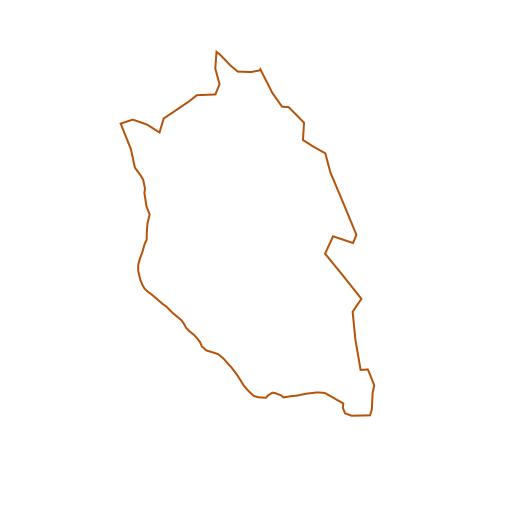 Ed Al Fursan, Southern Darfur, Sudan (Equal Earth projection), rotated 149°
{"feature_id": "16777658B67455933132274", "entity_name": "Ed Al Fursan", "entity_type": "district", "adm_level": 2, "iso_a3": "SDN", "parent_name": "Sudan", "parent_adm1": "Southern Darfur", "projection": "equal_earth", "projection_center": [24.402, 11.715], "detail": "fine", "context": "isolated", "style": "outline", "palette": "amber", "viewbox_px": 512, "rotation_deg": 149, "n_neighbors": 0, "source": "geoboundaries", "source_scale": "gbopen_adm2", "svg_char_len": 1473}
<svg xmlns="http://www.w3.org/2000/svg" viewBox="0 0 512 512"><g transform="rotate(149 256 256)"><path d="M260.7,75.3L256.4,69.9L240.3,60.7L235.6,65.0L226.6,78.5L221.3,84.1L219.4,95.3L218.6,101.2L222.2,103.0L225.0,104.5L213.9,133.1L201.9,158.4L187.7,165.0L191.8,196.1L195.6,222.4L179.8,233.2L166.2,217.2L159.0,222.4L153.0,262.7L149.2,289.4L143.7,308.3L150.9,320.9L156.0,331.2L146.2,345.5L151.3,366.7L156.8,370.7L158.0,387.6L156.1,413.8L157.0,413.1L158.4,413.6L165.6,416.3L176.7,423.5L179.6,431.9L183.2,447.4L184.7,451.3L194.4,437.6L198.7,422.1L207.6,415.4L223.9,424.3L234.1,423.0L264.3,421.4L275.1,411.6L281.8,424.9L291.4,436.4L303.8,439.2L308.2,412.0L314.3,394.1L313.4,384.4L313.4,379.5L316.5,370.9L319.2,367.5L324.4,354.8L325.7,346.5L332.3,339.7L337.5,332.4L341.4,326.2L345.2,323.7L351.5,317.8L357.1,313.3L361.5,309.1L364.6,304.0L367.5,295.0L368.3,288.9L368.3,285.5L367.3,281.6L365.0,276.0L360.6,262.5L358.9,258.9L357.7,253.7L356.6,249.6L354.6,244.0L352.9,239.0L352.7,234.5L352.9,230.5L351.9,226.1L349.7,220.1L348.8,215.1L348.3,210.9L349.0,206.2L347.2,200.6L342.1,195.0L339.1,191.6L336.7,184.8L335.4,177.8L334.5,173.3L333.5,164.6L333.3,158.5L333.3,152.6L332.7,147.3L331.2,141.1L329.8,136.9L326.2,133.3L320.4,129.3L317.7,130.3L314.8,130.4L312.3,130.4L310.1,128.5L306.4,123.8L305.2,120.6L298.9,118.1L292.9,115.3L284.1,112.2L273.7,107.5L267.7,103.3L263.3,95.8L260.4,90.4L257.1,84.7L259.8,81.1L260.6,75.8L260.7,75.3Z" fill="none" stroke="#b45309" stroke-width="2"/></g></svg>